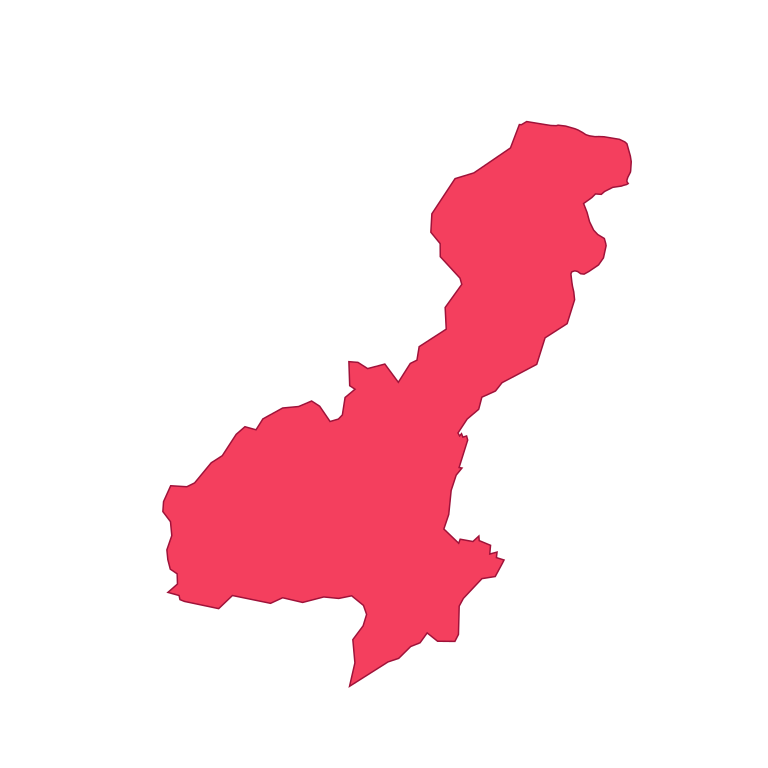 outline of Gostivar, Gostivar, North Macedonia, rotated 106°
{"feature_id": "65306769B11113266730381", "entity_name": "Gostivar", "entity_type": "district", "adm_level": 2, "iso_a3": "MKD", "parent_name": "North Macedonia", "parent_adm1": "Gostivar", "projection": "orthographic", "projection_center": [20.801, 41.759], "detail": "fine", "context": "isolated", "style": "filled", "palette": "rose", "viewbox_px": 768, "rotation_deg": 106, "n_neighbors": 0, "source": "geoboundaries", "source_scale": "gbopen_adm2", "svg_char_len": 2188}
<svg xmlns="http://www.w3.org/2000/svg" viewBox="0 0 768 768"><g transform="rotate(106 384 384)"><path d="M557.8,563.5L567.6,561.4L575.2,551.3L588.2,546.2L603.3,547.0L612.4,543.4L620.9,538.4L623.5,530.5L633.2,527.4L643.9,534.3L643.8,522.7L647.5,520.7L648.0,515.9L645.5,481.0L629.1,471.4L626.1,432.6L617.4,422.5L616.4,402.0L605.3,383.2L602.6,368.4L596.5,356.7L602.5,342.7L610.3,337.2L622.2,337.4L638.3,343.5L660.1,335.1L684.1,333.8L650.1,303.6L643.6,294.2L629.0,286.0L622.8,278.0L611.4,273.9L616.5,261.6L611.9,244.9L604.2,243.4L576.8,250.5L568.2,248.6L544.1,236.2L538.4,224.0L523.8,220.8L520.1,220.1L519.9,228.1L514.4,229.0L518.3,235.5L509.7,237.1L508.3,249.3L504.0,250.9L510.9,255.1L512.2,268.0L516.5,268.3L506.9,286.5L491.6,285.8L467.8,290.1L451.7,289.5L443.3,285.9L443.6,288.8L414.8,288.1L411.2,290.3L413.3,293.5L410.4,295.8L413.1,297.0L410.7,299.4L394.8,294.4L382.2,286.0L369.7,286.3L360.0,274.9L350.2,270.9L323.0,242.6L295.2,241.9L275.5,224.6L250.5,224.0L243.1,227.0L238.0,229.8L234.3,231.5L226.6,234.7L225.1,234.5L224.3,234.3L222.6,231.7L222.5,228.9L223.8,225.3L223.2,221.9L219.4,218.1L210.4,210.6L202.3,207.8L189.9,208.6L187.8,209.6L183.4,212.3L181.4,219.7L178.3,224.9L171.4,231.1L163.1,236.1L155.5,241.9L147.5,235.6L143.0,233.1L141.8,227.4L138.1,225.0L131.9,218.3L128.3,210.3L127.0,208.5L125.4,205.8L124.0,204.5L122.6,206.2L121.1,206.7L118.1,206.6L116.6,206.3L112.4,205.5L110.9,205.7L102.2,207.6L97.0,210.0L86.1,216.7L84.9,219.2L83.9,225.1L85.7,240.7L86.9,245.6L88.1,249.4L88.3,251.0L88.8,254.8L88.7,258.7L87.7,261.8L86.4,267.2L86.2,268.9L86.0,270.8L86.0,274.7L86.0,280.5L87.2,288.0L88.2,289.6L89.5,294.9L90.1,299.7L92.4,319.2L96.9,323.4L97.3,325.4L122.2,327.5L156.3,355.8L167.0,372.3L207.2,384.9L225.2,380.8L233.6,368.7L246.1,365.0L261.3,340.1L266.8,336.7L293.6,346.3L314.1,339.3L338.4,360.5L352.0,358.9L357.0,364.4L378.4,370.7L364.6,388.7L373.7,404.0L370.4,415.0L372.2,423.9L395.1,416.5L397.0,410.4L407.7,417.7L425.2,415.5L430.3,418.2L434.9,425.5L423.1,439.7L420.3,448.9L429.2,459.9L435.0,474.8L450.9,490.8L463.3,494.4L463.4,505.9L473.1,512.2L497.5,519.7L507.4,528.4L531.3,538.8L537.1,545.2L540.6,561.0L557.8,563.5Z" fill="#f43f5e" stroke="#9f1239" stroke-width="1.5"/></g></svg>